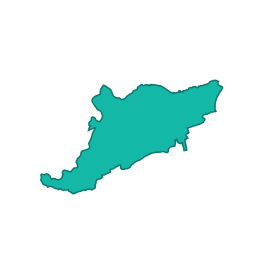 the district of Valcele, Covasna, Romania, rotated 59°
{"feature_id": "2599482B82717722781959", "entity_name": "Valcele", "entity_type": "district", "adm_level": 2, "iso_a3": "ROU", "parent_name": "Romania", "parent_adm1": "Covasna", "projection": "orthographic", "projection_center": [25.68, 45.82], "detail": "fine", "context": "isolated", "style": "filled", "palette": "teal", "viewbox_px": 256, "rotation_deg": 59, "n_neighbors": 0, "source": "geoboundaries", "source_scale": "gbopen_adm2", "svg_char_len": 5873}
<svg xmlns="http://www.w3.org/2000/svg" viewBox="0 0 256 256"><g transform="rotate(59 128 128)"><path d="M133.5,229.2L134.4,228.0L136.1,227.3L136.6,227.4L137.4,227.2L137.6,225.1L138.3,224.1L141.0,222.2L141.1,222.3L141.3,222.0L142.6,221.3L144.1,219.4L144.4,219.4L144.5,219.1L144.9,219.2L144.9,218.8L145.1,218.6L145.0,218.3L145.3,217.7L145.8,217.1L147.5,216.1L147.9,215.7L148.2,214.8L148.6,214.5L148.8,213.8L148.9,213.7L149.0,213.4L149.7,211.9L149.9,211.0L150.0,210.9L150.3,211.1L150.7,210.9L151.2,211.3L151.7,211.2L152.6,210.7L153.5,209.9L154.4,210.0L155.1,209.3L155.6,209.3L156.1,208.9L156.2,208.4L156.1,208.0L156.5,207.7L156.7,207.2L156.7,206.0L156.9,203.9L157.4,202.6L157.4,202.1L158.0,201.1L158.0,200.2L158.3,197.7L159.4,196.9L159.6,196.6L159.7,195.2L159.6,194.2L160.0,193.3L160.7,192.3L162.3,191.0L162.6,190.1L162.4,189.5L162.5,188.4L162.3,186.8L162.0,186.7L161.2,186.1L160.3,186.1L159.8,185.0L158.4,183.7L158.1,183.3L156.9,182.7L156.5,181.8L156.4,181.2L156.8,178.7L157.3,178.1L157.1,175.2L156.6,174.9L155.8,175.0L155.1,174.8L155.6,173.2L156.0,172.6L156.2,169.7L156.8,166.0L156.4,165.6L156.2,165.7L154.7,165.2L154.7,163.6L154.8,163.1L155.2,162.4L155.5,161.2L155.1,159.5L155.1,159.1L155.5,154.4L155.6,154.0L156.6,153.7L157.4,154.4L158.1,154.5L159.0,155.0L160.2,154.5L160.7,153.6L161.2,153.1L161.5,152.4L161.4,151.0L162.5,149.6L162.6,148.2L162.8,147.0L161.3,143.6L161.3,142.1L161.0,141.7L161.1,140.9L160.9,139.5L160.9,136.9L161.2,135.8L161.5,133.6L161.5,131.8L161.0,128.7L161.2,127.3L161.1,126.3L161.5,125.3L161.2,122.8L161.6,122.5L161.8,120.5L162.6,118.6L162.6,117.7L163.2,116.9L163.6,115.7L163.9,115.3L164.6,113.8L165.3,112.8L165.3,112.5L165.7,111.7L165.7,111.0L166.0,110.3L167.0,109.3L167.3,109.1L167.7,108.5L168.5,107.9L168.6,107.5L169.0,107.4L169.3,106.8L169.2,106.4L169.2,106.1L168.7,105.5L167.5,104.7L166.7,103.9L166.1,102.1L165.8,101.6L166.3,100.9L166.5,99.2L167.1,98.4L167.5,97.1L163.9,93.8L162.8,94.6L162.5,94.5L162.6,94.0L163.3,93.0L163.3,92.7L162.8,92.7L162.5,92.5L162.5,92.2L164.8,92.1L164.9,92.3L166.4,92.6L168.0,91.5L168.4,91.0L168.4,89.0L170.7,90.0L174.2,90.6L175.4,91.3L176.3,91.5L177.2,89.1L176.1,88.5L175.0,88.1L167.2,85.4L167.7,84.2L166.9,83.3L167.3,82.7L167.5,82.0L166.9,81.8L166.3,81.8L165.2,82.2L164.2,82.2L163.5,81.9L163.0,81.1L163.4,80.2L163.4,78.6L163.3,78.2L163.0,78.3L163.0,79.3L162.9,78.7L162.1,77.9L160.4,77.7L159.8,77.3L158.7,77.1L161.2,66.1L161.2,65.5L161.6,64.9L161.5,64.4L161.8,63.6L161.8,61.1L162.0,60.4L161.2,59.9L161.0,58.9L160.5,58.0L159.9,57.5L159.1,57.7L158.0,58.5L157.1,58.6L156.7,58.5L156.0,57.3L155.8,56.8L155.6,55.5L155.7,55.1L156.5,54.0L156.7,53.4L157.0,51.8L157.2,51.4L157.3,50.8L157.1,50.3L157.0,49.8L157.0,48.8L157.9,47.4L158.2,46.0L158.5,45.4L158.5,45.1L159.0,44.6L159.1,44.1L158.1,44.0L156.0,43.4L155.1,42.7L151.7,40.6L148.7,37.5L147.6,36.1L144.5,30.6L144.0,29.1L143.5,28.2L142.1,26.2L141.0,26.2L139.1,27.6L137.3,28.5L136.6,28.3L136.0,27.9L135.6,27.9L134.8,27.1L134.6,26.6L134.2,27.3L133.3,27.4L132.9,27.7L131.4,29.6L131.5,30.7L131.2,31.2L130.9,32.0L130.6,33.7L130.6,34.1L131.1,34.9L131.2,35.6L131.2,37.9L131.0,38.5L130.6,38.9L130.4,39.4L130.3,40.4L130.5,40.9L130.0,41.6L130.0,42.4L129.3,43.7L129.3,44.0L128.9,44.4L128.9,44.6L129.1,45.4L128.7,46.1L129.2,47.1L129.2,47.6L128.7,48.2L127.4,48.8L126.8,49.6L126.2,51.4L126.2,52.2L125.4,54.4L125.2,55.3L125.6,55.6L126.0,56.2L126.0,57.0L125.9,57.4L125.5,58.0L125.3,59.6L125.4,60.1L124.9,60.8L124.6,61.4L125.0,61.8L124.9,62.1L125.1,62.1L125.2,61.9L125.3,62.0L124.7,62.9L124.6,63.7L124.0,64.5L124.0,64.9L123.7,64.8L123.2,64.2L122.8,64.2L122.7,64.3L122.7,64.8L122.4,65.2L122.4,65.4L122.7,65.8L123.4,66.0L122.9,67.7L122.2,69.6L120.9,71.0L121.4,71.5L119.5,73.1L112.4,76.3L108.9,78.1L107.1,80.3L106.5,80.8L102.9,85.4L102.7,85.9L102.8,86.2L102.5,86.5L102.8,86.7L102.8,86.8L103.0,86.8L102.8,88.2L102.4,88.4L101.9,88.2L101.1,88.9L100.1,90.3L99.8,92.4L99.6,92.7L99.2,93.3L98.4,93.5L97.9,93.9L97.7,94.7L98.0,96.0L97.9,98.0L98.2,98.9L99.1,99.7L99.6,100.6L99.5,101.4L99.2,102.3L99.0,103.8L99.4,105.0L100.1,106.1L100.2,106.5L99.9,108.7L99.9,109.2L100.2,109.7L100.1,111.2L100.3,112.8L100.5,113.1L100.5,113.6L101.1,114.7L101.2,115.6L101.1,116.2L101.0,117.1L100.7,117.9L100.4,118.8L100.2,119.1L99.3,119.3L97.8,119.9L97.3,120.5L97.2,121.7L96.6,121.9L95.0,123.3L93.4,124.1L91.6,123.9L86.0,123.1L81.5,125.3L81.0,125.3L78.8,126.8L79.2,128.4L80.5,130.9L81.9,132.6L84.2,134.0L84.6,134.8L84.6,135.7L84.3,136.9L84.0,139.1L84.0,140.8L84.4,142.8L84.7,143.5L85.3,144.1L86.0,144.7L86.9,145.1L91.6,145.0L96.0,144.7L97.2,144.2L98.9,143.0L99.9,142.7L103.3,143.2L104.2,143.4L105.2,144.1L106.6,145.9L107.1,146.8L107.4,147.8L108.0,149.1L106.3,150.6L104.8,151.3L104.2,151.4L102.6,151.2L101.5,151.5L100.3,152.7L100.2,153.1L100.4,153.9L100.8,154.4L102.0,155.2L102.6,156.1L103.2,158.5L103.9,159.2L104.8,159.5L105.3,159.9L105.7,160.0L106.0,160.0L106.7,159.3L108.2,161.5L109.7,163.1L110.5,156.9L110.7,156.6L110.7,156.2L111.2,156.0L113.3,159.6L115.0,161.8L116.6,163.4L118.9,166.2L120.8,169.4L121.8,169.9L123.7,170.3L124.9,171.0L125.1,171.4L125.4,171.9L125.5,173.2L124.9,176.2L124.4,177.9L124.2,179.0L124.4,179.9L124.6,180.4L124.9,180.9L126.7,182.2L127.1,183.1L127.5,183.9L128.2,187.0L130.1,189.6L130.9,190.1L132.4,190.0L133.0,190.1L135.1,191.1L135.6,191.8L135.6,192.3L135.5,192.8L134.7,194.6L134.6,195.2L134.7,195.7L135.8,198.9L135.8,199.9L135.7,200.2L135.1,200.9L134.0,201.6L131.5,204.2L131.3,204.6L131.2,205.5L131.7,206.5L132.3,207.1L134.5,208.1L135.8,209.3L136.6,210.7L136.9,211.4L137.0,212.8L136.9,213.4L136.6,214.0L135.1,216.1L133.8,216.7L133.1,217.4L132.6,218.8L132.7,219.8L131.5,220.1L128.7,219.6L128.1,219.7L126.3,220.5L125.3,221.4L125.2,221.9L125.1,223.2L125.0,223.7L123.3,225.4L123.1,225.8L123.1,226.3L123.2,226.6L123.6,226.9L125.9,227.7L126.5,228.2L127.2,229.2L128.0,229.7L128.4,229.7L129.4,229.3L129.9,229.3L132.1,229.8L132.7,229.7L133.5,229.2Z" fill="#14b8a6" stroke="#0f766e" stroke-width="1.5"/></g></svg>